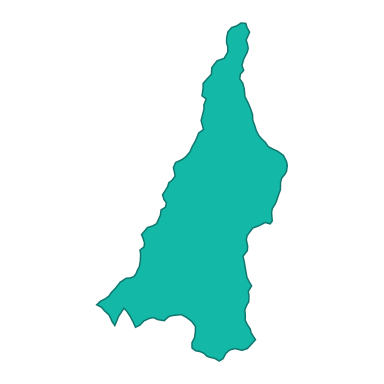 outline of Floreal, São Paulo, Brazil
{"feature_id": "56859067B4851192161748", "entity_name": "Floreal", "entity_type": "district", "adm_level": 2, "iso_a3": "BRA", "parent_name": "Brazil", "parent_adm1": "São Paulo", "projection": "orthographic", "projection_center": [-50.158, -20.647], "detail": "fine", "context": "isolated", "style": "filled", "palette": "teal", "viewbox_px": 384, "rotation_deg": 0, "n_neighbors": 0, "source": "geoboundaries", "source_scale": "gbopen_adm2", "svg_char_len": 2233}
<svg xmlns="http://www.w3.org/2000/svg" viewBox="0 0 384 384"><path d="M249.6,32.1L247.0,27.6L245.8,23.4L241.0,23.0L237.0,25.7L231.6,27.6L227.9,31.8L226.6,38.2L226.6,43.2L227.9,47.1L227.7,52.2L224.1,58.4L217.1,60.7L211.8,67.6L211.4,74.3L207.0,79.0L203.1,83.4L203.1,88.2L202.0,95.8L206.2,98.9L203.9,104.9L204.0,109.2L201.1,120.4L203.5,129.5L198.7,133.0L195.9,140.0L191.9,147.3L190.0,151.8L186.3,156.3L182.2,159.5L175.5,162.6L173.4,167.8L174.3,171.4L175.1,176.1L171.9,180.4L168.8,182.7L167.7,186.5L165.8,189.7L162.5,194.8L164.0,199.6L166.4,202.9L165.5,207.2L161.1,209.9L160.3,215.5L156.6,223.6L152.8,225.9L147.4,227.5L145.0,230.5L141.5,234.6L143.0,238.0L144.5,242.9L144.1,246.8L140.0,250.0L140.6,254.1L140.3,261.4L139.3,266.7L137.3,270.5L136.0,273.9L133.8,276.6L130.2,278.0L126.4,278.2L123.5,280.0L120.3,282.1L115.5,288.2L111.1,292.8L109.1,295.9L105.4,298.7L100.6,301.1L96.7,304.8L101.7,307.4L104.4,310.7L109.1,315.0L112.1,321.6L114.8,325.5L116.8,320.8L118.4,316.7L122.0,311.1L124.0,308.2L127.0,311.5L130.2,316.4L133.2,322.1L135.5,327.3L139.7,325.3L143.9,320.9L149.6,318.3L153.6,317.6L157.7,319.6L164.2,320.7L168.7,316.6L172.0,315.6L181.3,314.6L186.5,317.4L191.5,321.2L195.4,326.3L195.4,331.8L194.5,337.8L192.0,342.6L192.0,348.0L195.5,350.7L200.5,351.7L204.0,353.4L206.9,356.2L210.1,357.4L214.6,358.3L219.2,361.0L223.0,358.7L225.9,353.3L229.8,349.9L235.0,348.6L242.1,350.3L247.3,348.6L255.5,339.7L253.3,336.4L251.1,332.8L250.3,329.1L247.5,324.9L245.2,320.3L245.3,315.0L244.8,309.9L246.6,305.4L248.7,301.8L249.0,295.9L248.3,291.4L251.6,285.9L249.2,281.8L247.0,277.5L245.5,269.5L244.4,262.6L243.0,256.3L247.3,250.7L247.7,246.4L246.3,239.7L247.2,235.4L252.7,228.1L258.8,225.8L265.2,222.5L270.2,223.9L272.3,220.9L271.9,217.1L271.6,212.6L272.3,208.6L274.3,205.4L276.0,202.3L278.9,193.8L280.4,189.8L280.6,181.8L281.9,177.8L284.7,174.5L286.5,171.3L287.3,165.5L286.5,161.5L283.4,155.4L277.8,151.3L272.9,149.1L268.1,146.5L265.3,142.3L261.6,138.8L258.7,135.4L256.4,130.9L254.8,125.8L252.8,120.4L252.5,114.4L250.5,108.6L248.1,102.9L244.9,96.6L244.3,89.0L242.8,83.3L239.7,78.8L240.4,74.1L243.7,70.4L241.9,65.4L243.9,58.6L247.2,52.2L248.2,48.5L247.4,44.0L246.1,40.0L247.6,36.7L249.6,32.1Z" fill="#14b8a6" stroke="#0f766e" stroke-width="1.5"/></svg>